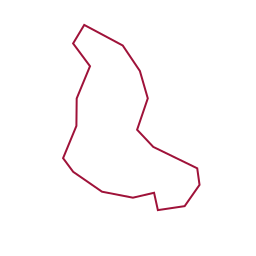 Swieqi, Natural Earth projection, rotated 31°
{"feature_id": "MLT-5933", "entity_name": "Swieqi", "entity_type": "state/province", "adm_level": 1, "iso_a3": "MLT", "parent_name": "Malta", "parent_adm1": "", "projection": "natural_earth1", "projection_center": [14.47, 35.92], "detail": "fine", "context": "isolated", "style": "outline", "palette": "rose", "viewbox_px": 256, "rotation_deg": 31, "n_neighbors": 0, "source": "natural_earth", "source_scale": "10m", "svg_char_len": 390}
<svg xmlns="http://www.w3.org/2000/svg" viewBox="0 0 256 256"><g transform="rotate(31 128 128)"><path d="M37.4,62.2L81.0,60.0L108.8,73.0L129.7,92.4L136.7,124.8L159.4,131.2L208.1,126.9L218.6,139.9L216.8,165.8L195.9,183.0L183.7,170.1L168.1,185.2L138.5,196.0L103.6,193.8L87.9,187.3L82.7,152.8L68.8,129.1L63.6,94.6L37.4,83.8L37.4,62.2Z" fill="none" stroke="#9f1239" stroke-width="2"/></g></svg>